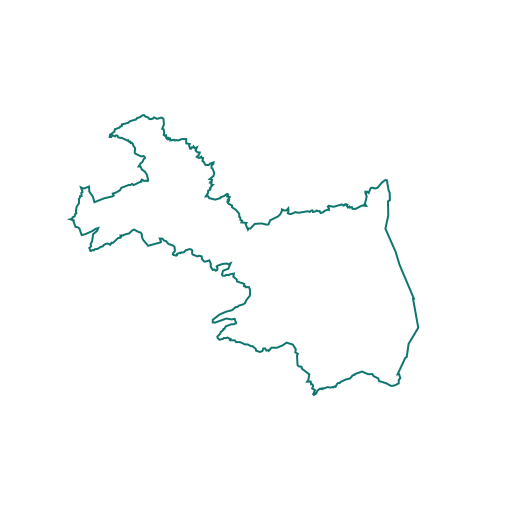 Teúl de González Ortega, Zacatecas, Mexico, rotated 64°
{"feature_id": "50627088B73152877685889", "entity_name": "Teúl de González Ortega", "entity_type": "district", "adm_level": 2, "iso_a3": "MEX", "parent_name": "Mexico", "parent_adm1": "Zacatecas", "projection": "equal_earth", "projection_center": [-103.508, 21.35], "detail": "fine", "context": "isolated", "style": "outline", "palette": "teal", "viewbox_px": 512, "rotation_deg": 64, "n_neighbors": 0, "source": "geoboundaries", "source_scale": "gbopen_adm2", "svg_char_len": 6125}
<svg xmlns="http://www.w3.org/2000/svg" viewBox="0 0 512 512"><g transform="rotate(64 256 256)"><path d="M144.8,404.9L150.7,405.4L152.1,403.6L153.9,402.7L160.8,403.5L161.6,399.8L161.8,391.8L161.3,388.0L161.7,385.6L163.8,387.9L165.0,392.8L170.8,396.8L172.9,399.5L175.0,399.9L175.7,402.3L178.8,402.6L179.2,402.0L178.9,400.5L179.8,399.2L179.3,397.9L180.2,395.0L179.7,391.7L180.2,389.6L179.4,388.0L179.3,385.2L180.4,383.1L182.1,382.1L180.7,379.9L181.5,378.8L179.4,372.0L180.1,370.0L178.5,369.0L179.5,368.6L178.6,367.4L179.3,366.5L179.1,365.1L180.1,359.9L178.8,356.5L178.8,354.0L183.3,350.8L184.2,349.4L186.5,349.1L188.7,350.2L191.8,350.4L199.5,348.5L201.9,336.0L201.8,335.2L198.1,334.8L199.4,332.5L201.8,331.9L203.0,330.4L206.8,329.4L210.2,326.0L212.1,325.2L216.0,326.7L217.1,329.4L218.1,330.1L218.8,329.7L220.7,327.6L220.5,326.6L219.6,326.1L219.7,323.1L220.3,322.6L220.0,321.6L221.1,319.3L220.0,316.6L220.7,312.6L222.0,311.2L223.4,310.9L225.1,312.1L226.9,312.3L230.8,308.7L230.7,307.2L232.5,305.0L235.1,305.9L238.1,305.1L238.8,304.2L239.5,299.8L243.3,300.1L245.6,301.4L249.6,301.0L249.8,299.3L251.6,298.6L251.6,297.2L250.4,296.0L248.1,295.9L247.9,294.6L248.5,289.4L250.0,285.5L251.3,284.6L251.4,282.0L255.3,286.5L254.8,292.0L257.8,294.8L259.1,294.5L260.2,292.5L259.9,290.9L261.3,289.0L261.1,287.3L262.1,283.5L264.7,285.5L268.7,283.6L270.6,284.2L275.9,278.8L277.8,280.0L278.5,278.8L279.5,279.0L280.9,275.9L284.4,276.4L289.0,278.9L291.4,284.0L293.4,286.4L293.9,288.4L293.1,293.0L293.6,295.2L293.0,296.4L294.2,301.4L293.0,306.9L292.6,314.3L294.4,322.8L296.7,324.0L297.9,322.0L299.2,310.1L302.3,305.8L303.1,302.8L307.7,303.3L307.6,306.0L306.5,308.3L306.0,314.1L307.5,316.0L307.4,317.5L308.2,317.8L308.9,321.1L310.1,322.1L311.5,326.1L313.2,326.4L315.3,325.5L316.0,321.5L315.6,320.8L316.7,318.9L316.7,317.5L319.4,315.3L319.8,316.2L320.5,316.1L322.5,312.1L324.7,311.6L326.5,308.0L330.8,304.5L331.8,302.2L334.8,300.1L335.4,298.7L339.3,297.0L341.2,297.4L344.0,294.5L344.2,291.9L342.3,290.0L343.1,288.3L345.6,288.1L346.1,286.0L346.8,286.0L345.2,282.2L347.6,277.5L348.0,271.2L347.3,266.5L351.8,261.7L357.2,261.1L359.8,262.9L362.4,261.3L363.5,262.8L372.3,266.5L373.8,266.1L375.5,263.6L377.3,264.2L385.7,260.0L390.4,263.3L391.4,265.1L392.8,261.9L395.5,262.7L396.0,261.7L397.0,261.5L398.1,261.8L399.6,263.6L402.5,261.7L403.8,263.5L404.5,263.2L405.2,265.2L406.3,264.9L405.9,262.2L403.9,259.6L403.3,256.5L404.6,255.2L403.9,254.3L404.8,253.4L405.2,249.2L407.0,246.6L407.3,244.7L408.0,244.2L407.6,242.8L408.5,241.9L406.5,239.2L406.2,237.8L406.9,236.5L406.3,235.2L406.3,230.0L407.3,225.1L405.7,221.6L406.0,219.3L405.5,218.9L406.3,211.4L411.4,207.0L413.1,203.2L415.5,203.0L419.6,199.8L422.4,200.2L427.4,194.8L432.0,191.5L433.0,188.7L433.1,183.6L429.8,181.9L429.2,179.9L425.0,179.2L424.5,180.7L413.0,166.5L412.7,164.7L401.8,157.3L391.6,141.6L363.3,133.6L363.6,132.8L326.5,130.8L313.6,128.7L288.2,127.7L277.5,119.3L264.7,113.4L264.5,111.2L257.7,108.1L255.0,108.0L245.3,105.2L244.4,106.7L245.2,110.8L247.9,116.7L247.5,119.3L245.5,121.6L245.3,123.2L248.7,127.1L247.0,127.8L246.1,129.5L247.2,130.0L247.7,129.2L248.9,130.3L250.9,130.3L256.7,135.1L259.3,135.0L258.4,136.4L258.0,135.7L257.2,136.1L257.6,137.8L257.1,139.0L257.3,145.9L255.9,148.6L254.1,148.4L253.7,150.4L252.5,150.4L252.7,152.1L250.2,152.4L250.0,151.6L249.0,152.3L248.5,153.1L249.2,155.1L247.2,156.4L245.8,164.7L242.7,168.7L243.1,169.8L245.1,169.5L246.6,170.3L245.7,171.4L245.5,174.6L246.1,176.3L245.7,179.1L243.5,179.1L243.0,180.6L241.7,181.4L242.0,183.1L241.3,185.6L239.8,185.3L239.4,186.7L239.9,188.3L238.5,189.8L235.9,198.6L233.8,201.5L233.7,206.1L233.0,207.3L231.5,208.7L229.9,207.1L227.3,206.1L228.4,208.7L227.5,210.7L225.5,212.3L227.1,213.2L229.2,216.1L230.1,218.9L230.1,227.6L233.1,230.9L232.5,232.7L229.3,236.5L226.6,243.0L228.9,249.1L228.0,250.5L228.8,251.7L223.1,251.4L222.1,250.1L219.4,254.4L218.2,253.0L216.8,254.2L214.4,253.2L213.5,253.9L210.8,252.6L205.5,253.9L201.7,256.2L200.1,255.4L197.2,257.7L195.3,258.1L194.8,258.0L194.6,256.1L193.8,255.6L193.1,256.5L191.6,253.8L189.9,255.8L188.9,254.2L188.1,254.2L187.5,254.7L188.1,258.8L187.6,261.9L188.4,262.7L187.4,268.0L183.5,272.7L181.4,272.7L180.4,275.0L178.5,271.7L176.2,270.2L176.5,268.7L175.7,267.4L174.7,267.6L173.2,263.7L172.5,264.9L170.9,264.0L169.9,265.2L169.6,264.8L170.3,263.6L168.3,262.1L166.6,264.0L165.5,259.2L163.1,257.1L158.2,256.8L157.3,257.4L155.1,256.2L154.5,254.0L153.2,253.1L152.9,256.9L153.5,258.7L152.0,261.5L148.2,261.8L147.2,262.5L144.7,260.7L143.9,262.0L142.9,261.7L142.9,264.3L140.9,265.7L139.9,262.6L138.3,261.2L137.2,263.1L134.8,264.1L132.5,261.6L132.5,263.5L130.1,264.1L130.9,265.2L130.3,266.1L131.1,267.4L130.7,268.2L127.3,267.7L126.3,266.5L124.2,269.3L120.3,267.5L118.4,271.4L117.9,275.7L116.8,276.9L116.7,278.2L115.6,278.6L114.5,282.4L112.7,281.8L112.6,283.4L111.9,283.0L111.6,284.3L110.9,283.7L110.5,284.8L108.0,284.0L108.0,285.2L106.9,285.9L104.6,284.3L101.7,283.5L100.6,284.6L97.3,281.0L92.3,279.1L91.0,279.5L90.0,280.7L89.4,284.8L86.7,286.9L87.3,288.6L86.8,290.8L86.0,291.9L84.4,292.1L82.1,294.3L80.4,294.8L79.8,296.1L80.3,299.9L79.9,302.7L80.7,303.8L79.6,310.4L80.3,312.6L78.9,318.9L80.5,319.7L80.1,321.2L80.8,322.5L80.2,327.2L82.2,328.9L83.1,334.1L84.9,335.3L85.6,334.0L84.6,332.1L86.7,330.3L86.2,329.0L86.9,327.9L88.5,327.9L90.1,326.7L90.8,325.0L96.1,320.8L95.9,320.2L97.8,319.9L98.1,318.9L99.5,319.1L99.6,318.1L101.7,317.5L102.7,318.0L106.1,317.4L110.0,319.8L111.3,319.4L116.0,315.7L116.9,313.3L118.1,312.7L119.4,313.0L119.6,314.3L121.7,316.9L122.2,319.2L124.1,322.2L124.9,320.6L128.3,320.7L131.1,319.0L135.0,318.4L140.4,319.6L141.2,320.5L140.0,321.8L139.5,323.7L137.3,325.0L138.1,326.4L139.0,326.5L138.5,329.7L138.7,333.0L138.5,335.1L136.9,335.7L137.2,338.0L136.4,338.9L135.7,347.3L137.3,349.5L137.6,354.3L137.1,357.4L139.3,357.4L139.5,358.9L137.6,367.1L136.8,377.6L131.0,376.6L125.1,377.6L120.4,375.6L119.9,381.3L117.6,383.3L122.4,383.8L122.7,385.3L125.6,386.5L125.1,387.9L125.8,388.1L127.2,390.2L130.9,391.9L133.1,395.6L136.9,398.3L138.9,398.8L139.1,400.3L140.9,401.7L140.8,403.9L142.0,404.8L141.6,406.8L144.1,404.2L144.8,404.9Z" fill="none" stroke="#0f766e" stroke-width="2"/></g></svg>